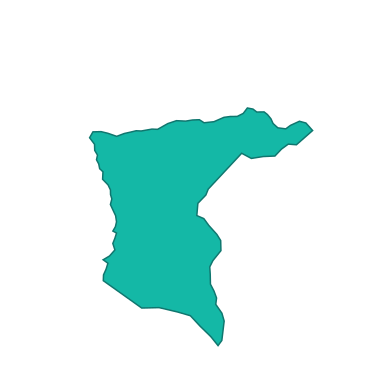 Brazabrantes, Goiás, Brazil (Mercator projection), rotated 38°
{"feature_id": "56859067B50932021579318", "entity_name": "Brazabrantes", "entity_type": "district", "adm_level": 2, "iso_a3": "BRA", "parent_name": "Brazil", "parent_adm1": "Goiás", "projection": "mercator", "projection_center": [-49.38, -16.374], "detail": "fine", "context": "isolated", "style": "filled", "palette": "teal", "viewbox_px": 384, "rotation_deg": 38, "n_neighbors": 0, "source": "geoboundaries", "source_scale": "gbopen_adm2", "svg_char_len": 1320}
<svg xmlns="http://www.w3.org/2000/svg" viewBox="0 0 384 384"><g transform="rotate(38 192 192)"><path d="M249.2,69.3L239.3,67.5L233.1,70.1L228.6,78.8L227.0,84.5L220.1,88.6L213.7,88.1L209.1,85.7L203.7,84.5L199.5,84.5L193.8,89.1L189.0,89.1L183.9,91.7L184.0,98.5L181.1,104.6L175.6,109.0L171.2,113.5L166.0,123.1L158.9,130.0L153.3,130.5L148.0,135.0L143.4,140.0L135.8,145.4L130.8,153.0L126.3,163.8L121.7,167.1L114.4,175.2L110.3,178.1L106.4,183.0L102.6,187.6L98.4,194.5L89.6,197.5L83.2,200.4L76.9,205.6L77.9,212.3L85.8,214.4L89.7,219.1L94.8,221.1L96.9,225.4L101.2,227.3L104.9,230.5L109.4,230.9L113.7,237.0L121.5,238.1L126.5,240.6L129.4,244.2L133.1,246.8L135.4,252.1L139.9,254.4L146.4,257.7L150.9,262.0L153.0,266.5L153.7,271.5L157.8,270.8L159.7,275.9L161.3,281.3L166.9,285.1L166.4,293.2L163.7,300.1L169.6,299.9L171.8,305.7L173.3,311.8L176.7,316.5L223.8,314.4L237.2,303.4L254.6,295.4L266.9,290.5L281.3,292.8L289.7,293.7L295.9,294.4L307.1,297.0L306.9,290.6L296.8,273.9L290.2,269.1L279.9,265.9L276.6,260.4L270.3,256.5L263.3,253.3L257.1,245.7L252.1,240.1L250.7,233.2L250.9,220.4L244.5,212.6L237.7,210.1L225.8,208.0L217.8,205.7L210.3,207.6L203.6,197.3L204.8,185.9L203.0,179.7L207.3,130.9L218.1,129.0L226.3,120.2L235.2,112.6L236.1,103.1L238.4,95.0L245.2,90.5L249.2,69.3Z" fill="#14b8a6" stroke="#0f766e" stroke-width="1.5"/></g></svg>